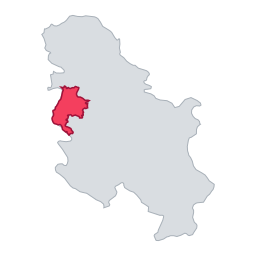 Republic of Serbia, with Macvanski highlighted
{"feature_id": "SRB-838", "entity_name": "Macvanski", "entity_type": "District", "adm_level": 1, "iso_a3": "SRB", "parent_name": "Republic of Serbia", "parent_adm1": "", "projection": "orthographic", "projection_center": [19.594, 44.517], "detail": "fine", "context": "in_parent", "style": "filled", "palette": "rose", "viewbox_px": 256, "rotation_deg": 0, "n_neighbors": 0, "source": "natural_earth", "source_scale": "10m", "svg_char_len": 7017}
<svg xmlns="http://www.w3.org/2000/svg" viewBox="0 0 256 256"><path d="M144.3,92.0L151.0,93.9L154.1,95.8L155.8,98.4L160.1,100.0L167.0,100.7L171.9,103.2L174.8,107.6L179.2,106.4L185.1,99.5L191.0,97.6L197.1,100.5L200.4,103.0L201.0,105.1L199.7,106.0L196.3,105.7L193.7,107.0L191.7,110.0L191.5,113.2L193.1,116.4L195.2,118.6L198.0,119.8L199.5,121.5L199.8,123.7L200.5,124.2L199.0,125.3L197.4,126.9L196.5,129.5L196.4,133.8L191.2,137.3L189.3,137.9L188.4,140.2L187.3,146.4L187.6,151.0L188.4,153.4L188.8,155.3L190.6,157.6L192.3,161.2L193.5,166.0L196.0,169.6L202.0,173.0L205.1,175.0L207.4,178.0L209.2,180.8L214.2,184.3L214.0,186.9L213.0,189.6L211.9,190.8L209.6,194.2L207.2,196.2L203.5,202.2L197.3,202.8L195.8,203.3L193.5,205.0L192.4,208.0L193.6,210.3L193.6,212.7L192.6,217.3L194.3,222.2L196.6,224.4L197.0,225.7L196.7,228.0L193.5,232.9L192.6,234.6L189.3,235.6L188.1,235.2L186.4,233.6L184.8,233.2L180.9,235.2L176.9,236.5L173.7,235.7L170.5,235.7L168.4,236.6L166.8,236.9L163.6,239.0L158.5,240.6L156.1,240.4L155.2,238.5L154.1,235.8L154.6,234.5L157.9,232.3L158.3,230.2L162.8,220.2L163.6,216.9L163.6,215.9L162.3,215.2L159.8,215.3L148.2,211.5L148.6,206.9L145.1,204.5L141.5,202.3L140.8,199.9L136.7,195.0L133.7,192.2L129.9,190.9L126.6,188.9L124.7,187.6L123.8,185.3L123.8,183.9L122.8,182.6L121.2,182.8L118.6,184.7L115.4,186.3L114.8,187.5L116.0,190.2L116.9,192.0L116.5,193.7L115.5,195.8L109.3,200.5L108.6,202.2L109.8,204.8L109.1,206.0L103.8,207.8L104.0,206.4L103.6,204.1L100.6,201.6L96.3,199.8L86.8,193.3L83.2,192.5L80.0,191.7L75.3,188.6L73.0,188.0L70.3,185.8L64.6,178.3L59.7,174.2L56.4,172.1L55.5,170.0L55.3,168.0L55.4,167.3L57.9,164.3L59.9,163.9L62.3,163.8L64.0,165.3L66.1,165.6L67.3,163.7L68.0,161.0L67.7,157.5L62.5,149.3L58.1,143.6L57.6,142.4L58.6,141.3L60.1,140.8L61.8,141.2L66.1,141.7L70.3,141.1L71.7,139.8L71.7,137.9L70.2,136.2L65.3,131.5L61.6,127.4L57.1,124.2L53.9,122.9L52.9,121.3L52.5,119.6L52.9,116.4L53.1,112.5L53.9,110.0L56.9,105.2L59.7,100.2L61.5,95.4L62.4,90.9L62.1,89.6L60.6,88.6L57.5,87.7L53.2,88.5L49.6,90.1L48.1,90.2L47.7,88.2L48.2,87.3L49.4,87.4L50.3,87.8L51.3,86.9L52.0,84.2L50.5,74.8L53.2,74.0L53.3,72.6L53.5,71.4L56.3,73.0L60.3,73.1L63.7,72.8L64.3,71.8L64.2,70.5L63.5,69.4L62.3,68.6L61.4,67.3L59.1,66.7L51.8,63.3L48.2,59.6L48.4,55.8L49.4,53.7L50.7,53.0L50.3,52.3L46.3,50.5L44.8,48.0L46.0,44.8L44.0,38.4L41.8,34.4L44.0,32.7L44.3,30.3L44.5,28.9L45.4,29.0L48.9,27.4L50.2,26.0L51.0,24.5L51.8,24.1L54.2,25.8L56.7,26.0L59.5,24.9L61.5,23.4L64.1,22.2L65.2,21.4L66.6,20.1L69.6,16.2L72.9,15.4L77.3,16.4L82.1,16.7L85.7,15.8L94.8,16.9L96.7,17.8L98.0,18.7L100.4,22.1L102.7,26.4L105.9,28.3L109.8,30.7L111.7,32.4L114.7,37.5L117.0,40.1L117.7,39.9L118.5,39.3L119.0,38.7L119.6,39.2L119.7,40.8L119.9,44.2L119.4,48.0L120.2,51.5L120.3,52.6L119.7,53.6L119.8,54.5L120.6,55.4L123.8,57.7L126.7,61.2L130.1,63.7L133.2,65.3L135.1,65.3L138.4,68.2L144.7,70.1L146.7,70.8L148.2,72.0L149.2,73.3L149.3,74.8L148.3,75.5L147.0,77.6L146.5,80.0L145.5,80.7L144.5,80.7L143.8,81.5L144.0,82.5L144.8,83.5L146.2,84.4L148.7,85.2L151.3,86.5L151.2,87.5L150.8,88.7L147.6,89.2L145.2,89.4L144.2,89.9L144.3,92.0Z" fill="#d9dde1" stroke="#a8b0b8" stroke-width="1"/><path d="M58.5,124.8L57.9,124.8L57.5,124.6L56.7,124.2L54.9,123.8L54.1,123.4L53.3,122.5L52.4,120.5L52.1,119.4L52.0,118.3L52.4,117.1L53.0,116.4L53.5,115.5L53.6,113.9L52.9,111.4L53.0,110.5L54.5,110.0L54.8,109.7L55.1,109.3L55.3,108.9L55.4,108.5L55.4,107.5L55.4,107.2L55.7,106.9L56.1,106.6L56.3,106.4L58.2,103.2L58.8,101.4L59.1,100.9L59.6,100.4L60.4,99.7L60.8,99.1L61.2,98.1L62.7,91.1L62.9,90.9L63.1,90.8L63.2,90.6L63.2,90.1L63.1,89.6L62.9,89.2L62.7,89.0L62.4,88.7L62.5,88.4L61.8,87.9L61.1,87.2L61.8,87.3L63.0,87.7L63.6,87.6L64.1,87.2L64.0,86.7L64.4,86.1L64.5,86.1L64.8,86.1L65.0,86.2L65.1,86.3L65.6,86.6L65.8,86.8L65.9,87.0L66.0,87.1L66.1,87.5L66.3,87.8L66.4,88.2L66.5,88.3L66.7,88.5L66.8,88.5L67.0,88.5L67.2,88.4L67.4,88.3L67.6,88.0L67.7,87.8L67.8,87.7L68.0,87.6L68.3,87.5L68.5,87.6L69.0,88.1L69.3,88.3L69.6,88.4L70.0,88.4L70.3,88.5L70.5,88.5L70.8,88.4L71.2,88.2L71.9,87.9L72.2,87.7L72.4,87.7L72.5,87.7L72.9,87.7L73.7,87.7L74.0,87.8L75.3,86.5L75.7,86.7L76.4,86.8L77.3,87.3L78.4,87.4L78.8,87.6L78.8,88.2L78.6,89.0L76.8,92.5L76.5,93.8L76.6,94.9L76.9,95.4L77.1,95.9L77.3,96.3L77.6,96.7L78.3,97.0L80.4,97.1L82.4,98.1L83.5,98.9L84.2,99.6L85.2,100.3L88.0,100.2L89.2,100.6L88.3,101.2L85.9,102.4L85.5,103.0L86.3,103.9L87.7,103.4L87.4,105.2L87.5,105.5L87.2,106.0L87.2,106.3L87.3,106.4L87.5,106.7L87.6,106.9L87.6,107.2L87.6,107.8L87.4,107.8L87.2,107.9L86.8,108.2L86.6,108.3L86.1,108.4L85.8,108.6L85.7,108.6L85.3,108.3L85.1,108.2L84.9,108.1L84.7,108.1L84.4,108.3L83.9,108.7L83.7,108.8L83.3,109.0L83.2,109.1L83.0,109.3L82.9,109.4L82.8,109.5L82.7,109.8L82.6,110.2L82.8,110.3L82.9,110.6L82.9,110.8L82.9,111.1L83.0,111.2L83.1,111.5L83.4,111.9L83.4,112.0L83.5,112.2L83.5,112.4L83.5,112.5L83.4,112.6L83.0,113.0L82.9,113.0L82.9,113.3L83.1,113.8L83.2,114.1L83.2,114.5L83.2,114.8L83.2,115.0L83.1,115.3L82.9,115.3L82.6,115.2L82.4,115.1L82.2,115.2L81.9,115.3L81.8,115.5L81.7,115.6L81.8,115.9L81.9,116.0L82.2,116.4L82.6,117.0L82.3,117.5L82.2,117.6L82.2,117.8L82.0,118.0L81.9,118.0L81.7,118.0L80.1,118.0L79.8,118.0L79.6,118.0L79.5,117.9L79.5,117.7L79.5,117.4L79.5,117.2L79.2,116.8L79.0,116.6L78.9,116.5L78.7,116.4L78.4,116.3L77.9,116.1L77.0,115.7L76.6,115.6L75.9,115.3L75.7,115.1L75.4,115.1L75.1,115.1L74.5,115.3L74.4,115.3L73.9,115.4L73.7,115.5L73.1,115.8L72.9,116.0L72.7,116.0L72.4,116.1L72.2,116.0L71.9,116.0L71.7,115.8L71.6,115.7L71.4,115.3L71.4,115.2L70.7,114.7L70.2,114.8L69.9,114.8L69.7,114.9L69.4,115.0L69.1,115.1L68.7,115.0L68.4,115.0L68.1,115.1L67.8,115.2L67.7,115.3L67.6,115.5L67.8,115.8L68.2,116.0L68.3,116.0L68.4,116.3L68.2,116.5L68.2,116.8L68.2,117.2L68.1,117.4L68.0,117.9L67.9,118.2L67.6,118.8L67.4,119.1L67.1,119.2L66.6,119.1L66.4,119.2L66.3,119.3L66.2,119.5L66.1,119.9L66.3,120.1L66.4,120.4L66.5,120.4L66.6,120.5L66.8,120.5L67.2,120.4L67.3,120.4L67.4,120.5L67.5,120.6L67.6,120.8L67.7,121.1L67.9,121.4L67.9,121.6L67.9,121.8L67.8,122.1L67.7,122.2L67.6,122.3L67.4,122.3L67.0,122.4L66.9,122.4L66.8,122.5L66.7,122.6L66.4,122.9L66.2,123.2L66.2,123.3L66.1,123.5L66.1,123.9L66.0,124.0L65.9,124.1L65.5,124.4L65.5,124.5L65.4,124.6L65.4,125.1L65.3,125.4L65.2,125.6L65.3,125.9L65.8,126.3L66.0,126.4L66.5,126.6L66.7,126.8L66.9,126.8L67.3,126.8L67.8,127.0L68.1,127.1L68.4,127.4L68.6,127.5L68.8,127.6L69.0,127.6L69.4,127.6L69.5,127.6L69.9,128.0L70.0,128.1L70.5,128.3L70.8,128.5L71.1,129.0L71.4,129.5L71.4,130.1L71.5,130.5L71.9,130.7L72.0,130.8L72.3,131.1L72.5,131.3L72.6,131.6L72.7,131.8L72.8,131.9L72.9,132.0L73.1,132.1L73.1,132.3L73.1,132.5L72.9,133.0L72.7,133.3L72.6,133.5L72.3,133.6L72.2,133.6L71.8,133.5L71.5,133.4L71.4,133.4L71.2,133.4L70.8,133.6L70.7,133.7L70.3,133.7L70.2,133.8L70.0,134.0L69.9,134.1L69.5,134.8L69.4,134.9L69.3,135.0L69.2,135.1L68.9,135.1L68.1,134.0L67.5,133.4L67.2,133.1L67.1,132.0L66.8,131.6L66.6,131.6L66.1,132.1L65.8,132.1L65.5,132.0L65.1,131.5L63.3,130.2L62.5,129.4L62.3,128.6L62.2,127.5L61.7,126.2L61.0,125.2L60.3,124.6L59.8,124.5L58.5,124.8Z" fill="#f43f5e" stroke="#9f1239" stroke-width="1.5"/></svg>